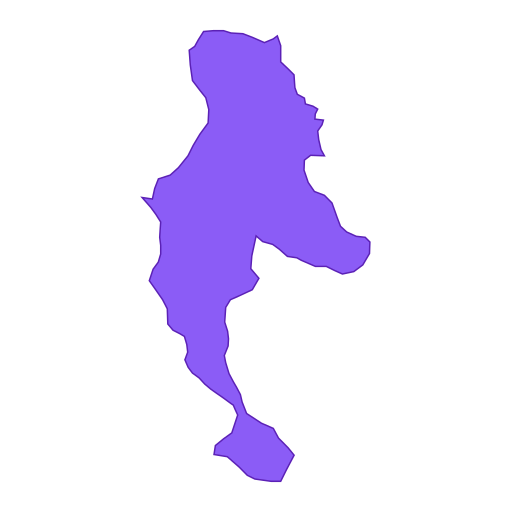 the district of Epicho, Cyprus
{"feature_id": "46923920B25776414767341", "entity_name": "Epicho", "entity_type": "district", "adm_level": 2, "iso_a3": "CYP", "parent_name": "Cyprus", "parent_adm1": "", "projection": "albers", "projection_center": [33.523, 35.225], "detail": "fine", "context": "isolated", "style": "filled", "palette": "violet", "viewbox_px": 512, "rotation_deg": 0, "n_neighbors": 0, "source": "geoboundaries", "source_scale": "gbopen_adm2", "svg_char_len": 1822}
<svg xmlns="http://www.w3.org/2000/svg" viewBox="0 0 512 512"><path d="M189.2,50.2L190.3,65.0L192.5,80.6L199.9,90.3L205.8,97.7L208.8,109.6L208.1,123.0L199.9,134.2L193.2,145.4L188.0,155.8L178.4,167.7L170.2,175.1L158.4,178.9L154.7,188.5L152.4,199.0L142.1,197.5L150.7,207.3L155.9,214.4L160.7,222.0L160.2,229.2L159.7,237.3L160.7,245.4L160.7,254.0L158.3,262.1L153.1,269.2L149.3,280.7L154.0,287.3L162.6,299.7L167.3,308.8L167.8,324.0L173.0,330.2L179.7,333.6L184.4,336.4L186.8,344.5L187.7,352.2L184.9,359.8L188.2,367.4L192.5,373.1L199.1,377.9L204.8,384.1L211.0,389.3L217.1,393.6L223.3,397.9L231.2,403.7L233.3,405.1L235.0,409.1L235.5,410.2L237.7,415.0L231.8,432.9L223.6,438.8L215.4,445.5L214.0,454.5L227.3,456.7L239.2,467.1L247.3,475.3L254.8,479.0L271.1,481.3L280.7,481.3L286.6,469.4L294.1,455.2L288.1,447.8L278.5,438.1L273.3,428.4L261.4,423.2L246.6,413.5L242.1,402.0L240.4,394.6L236.6,387.4L233.3,381.7L229.0,373.6L225.7,362.7L224.3,355.5L228.1,346.0L228.5,338.8L227.6,331.2L224.7,322.1L225.7,307.4L230.4,299.7L239.0,295.9L252.3,289.7L258.9,278.3L250.8,268.7L251.8,255.9L256.1,235.9L262.7,241.6L272.7,244.4L279.3,249.2L287.4,256.4L296.9,257.8L301.1,260.2L315.4,266.4L326.3,266.4L334.8,270.6L342.4,274.0L353.8,271.6L362.8,264.9L369.5,253.5L369.7,247.1L369.9,242.0L365.2,237.3L356.2,236.3L346.7,232.0L340.5,226.3L337.2,217.7L332.0,203.0L324.4,195.3L314.4,191.5L308.2,182.5L304.0,170.1L304.4,160.1L310.6,155.3L324.4,155.8L321.0,149.6L318.7,139.6L317.7,131.0L322.0,124.8L323.4,120.1L314.9,119.1L315.3,113.9L317.7,109.1L313.0,106.2L305.4,103.9L304.4,98.1L297.3,94.3L294.9,87.7L294.5,82.4L294.0,74.8L288.3,69.1L280.7,61.9L280.7,54.3L280.7,45.7L277.3,35.9L273.3,38.9L264.4,42.6L252.5,37.4L242.9,33.7L231.0,33.0L223.6,30.7L213.2,30.7L203.6,31.5L198.4,39.7L194.7,46.4L189.2,50.2Z" fill="#8b5cf6" stroke="#5b21b6" stroke-width="1.5"/></svg>